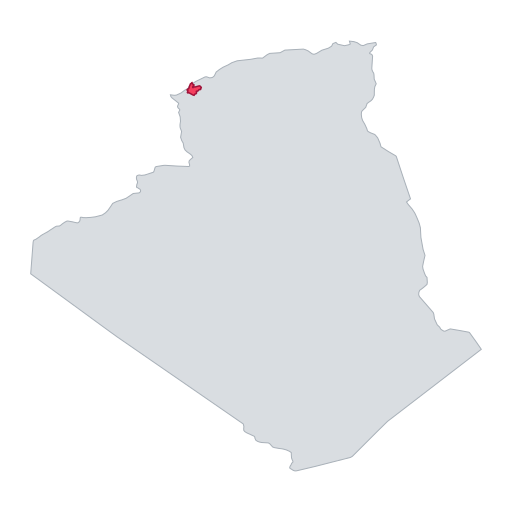 where Aïn Témouchent sits in Algeria
{"feature_id": "DZA-2144", "entity_name": "Aïn Témouchent", "entity_type": "Province", "adm_level": 1, "iso_a3": "DZA", "parent_name": "Algeria", "parent_adm1": "", "projection": "albers", "projection_center": [-1.072, 35.355], "detail": "fine", "context": "in_parent", "style": "filled", "palette": "rose", "viewbox_px": 512, "rotation_deg": 0, "n_neighbors": 0, "source": "natural_earth", "source_scale": "10m", "svg_char_len": 4725}
<svg xmlns="http://www.w3.org/2000/svg" viewBox="0 0 512 512"><path d="M375.7,42.5L376.2,43.7L376.4,44.9L374.7,46.1L373.6,46.9L372.4,50.0L370.0,52.4L369.6,53.0L369.7,53.6L371.6,54.3L372.3,55.2L372.6,56.3L372.3,60.6L371.8,68.3L372.0,69.9L372.8,71.8L373.7,73.2L374.0,74.9L374.2,79.2L375.3,81.6L376.2,83.8L374.8,86.7L374.4,89.3L374.3,92.9L374.3,95.2L373.5,97.3L372.3,99.4L370.9,100.8L369.1,102.0L367.1,103.5L365.7,107.4L362.2,110.8L361.5,111.9L361.3,114.4L361.7,117.8L362.6,120.5L364.8,124.3L366.8,128.6L367.4,130.7L368.1,131.5L370.5,132.8L374.6,134.4L375.4,135.1L377.7,137.9L380.0,143.2L381.0,146.8L388.5,151.6L395.7,155.8L396.3,156.5L401.6,172.6L403.5,178.3L410.5,198.9L408.6,200.3L406.5,202.0L408.4,204.7L412.1,209.0L414.5,212.6L415.3,214.1L417.3,218.6L419.1,223.0L419.5,224.4L420.4,227.8L420.9,237.4L423.1,249.5L425.0,255.4L423.7,261.0L422.6,266.4L423.0,269.0L424.4,273.0L425.6,275.9L427.0,277.4L427.3,282.5L427.0,284.4L423.6,287.4L419.7,290.3L418.8,292.5L418.7,294.8L419.4,296.6L433.2,312.5L433.8,314.1L434.5,318.9L437.2,324.8L439.7,327.2L440.7,329.1L442.4,330.3L444.0,331.2L445.0,331.2L450.2,328.9L459.7,330.5L468.8,332.2L469.5,332.6L475.7,341.2L481.3,349.3L387.6,421.3L377.2,431.5L352.4,456.3L350.5,457.4L315.7,466.3L297.5,470.6L296.7,470.8L295.6,470.9L294.9,470.9L293.3,470.4L291.3,469.1L290.0,468.4L289.7,467.4L290.3,465.9L291.2,464.6L291.5,463.6L292.1,462.8L292.9,462.1L292.9,461.2L292.2,459.8L291.5,457.8L291.3,454.2L291.3,452.6L289.5,451.3L286.3,449.9L283.4,449.1L282.0,448.8L278.8,448.4L274.3,447.6L272.7,447.0L269.7,443.7L268.3,442.9L261.6,442.5L259.3,442.0L257.5,441.3L255.9,440.3L255.0,438.4L254.7,436.9L254.1,436.2L246.7,432.8L244.8,431.6L243.8,430.4L243.7,428.7L243.9,426.6L243.5,424.8L243.2,423.9L117.3,337.0L110.8,332.3L96.1,321.6L30.7,273.8L33.1,242.4L33.4,240.8L33.8,240.2L36.0,239.2L39.5,236.8L40.8,235.7L42.5,234.6L48.3,231.4L49.5,230.5L55.2,226.8L56.5,226.2L59.4,226.0L60.6,225.3L62.4,223.8L64.9,222.1L66.5,221.3L66.8,221.1L67.8,221.0L72.8,221.9L74.8,222.4L77.3,222.9L78.1,222.7L78.8,222.2L79.8,220.9L80.1,219.4L80.2,218.0L80.4,217.4L80.8,217.2L81.9,217.3L83.3,217.6L86.3,217.7L87.3,217.6L90.7,217.4L95.4,216.8L102.3,215.0L105.6,212.7L108.0,210.3L110.6,206.6L112.7,203.4L116.6,201.5L120.0,200.4L121.8,199.9L126.1,198.3L133.2,193.5L139.0,192.9L139.7,192.5L140.5,191.6L140.6,190.1L139.7,189.0L138.5,188.4L137.7,187.7L136.9,187.6L136.5,186.8L136.7,185.5L136.9,184.2L137.5,183.0L137.4,181.2L136.6,179.4L136.4,178.1L136.5,176.8L136.9,175.8L138.1,175.2L139.5,175.0L141.4,175.4L144.8,175.0L153.4,172.2L154.0,171.2L154.6,169.1L155.2,167.2L156.1,166.6L156.6,166.5L163.5,165.4L165.0,165.3L177.7,166.1L188.6,166.5L189.6,166.1L189.6,164.7L188.9,162.2L189.3,160.6L190.9,159.1L192.8,157.5L191.9,155.5L190.4,154.2L188.2,152.6L187.1,151.9L185.1,150.0L184.0,147.8L183.2,143.1L181.7,140.5L180.6,137.3L181.6,131.4L180.2,127.8L180.0,126.3L180.0,124.5L180.5,121.3L180.2,116.9L178.6,112.4L179.4,110.8L179.8,110.0L179.6,109.3L178.1,107.9L177.5,106.7L177.8,105.5L178.6,103.9L178.6,103.2L176.2,101.2L172.1,98.0L170.9,96.6L170.4,94.8L174.3,95.3L176.4,95.1L181.0,93.0L184.7,90.2L187.6,88.7L190.1,85.6L192.4,83.6L195.7,81.5L205.1,76.9L206.6,76.8L209.7,77.9L212.4,77.5L214.3,75.9L216.2,72.0L219.3,69.6L223.1,67.2L228.3,64.8L231.8,62.7L237.2,60.8L250.8,59.3L257.8,58.0L262.6,58.1L267.3,54.6L269.7,53.4L280.1,52.7L284.9,50.1L303.4,49.1L305.7,49.8L308.1,50.9L312.1,53.8L314.0,54.3L316.4,53.5L321.9,50.2L328.3,48.2L331.6,46.2L332.9,43.6L335.9,42.4L337.7,44.2L344.5,45.7L348.6,44.8L350.3,44.0L349.4,41.1L353.8,41.6L357.2,42.7L360.9,45.2L363.3,45.6L367.2,43.9L375.7,42.5Z" fill="#d9dde1" stroke="#a8b0b8" stroke-width="1"/><path d="M187.1,89.8L187.1,89.7L187.7,89.1L188.0,89.0L188.4,88.7L188.7,88.4L188.9,88.1L189.1,87.6L189.3,86.5L189.5,86.1L189.7,85.7L190.4,83.9L190.6,83.7L190.8,83.6L191.2,83.6L191.3,83.4L191.8,82.7L192.0,82.6L192.6,83.9L193.2,84.5L193.8,84.8L194.0,84.9L194.0,85.1L193.9,85.3L193.7,85.5L193.0,86.1L192.9,86.3L192.8,86.6L192.7,87.0L192.7,87.3L192.8,87.5L193.0,87.6L193.3,87.3L193.5,86.9L193.6,86.6L193.8,86.6L194.0,86.6L194.4,86.9L194.6,87.0L195.0,87.0L199.1,85.9L199.6,85.9L200.1,86.1L200.4,86.4L201.2,87.3L201.3,87.6L201.2,87.9L200.8,88.2L200.7,88.3L200.6,88.5L200.8,88.8L200.8,89.0L200.5,89.5L198.9,89.8L198.6,90.1L198.0,90.9L197.7,91.1L197.4,91.1L197.1,91.1L196.6,91.2L196.4,91.3L196.3,91.6L196.3,91.9L196.5,92.2L196.5,92.6L196.5,93.1L196.2,93.6L195.9,93.8L195.6,93.9L195.3,93.9L194.9,94.1L194.6,94.4L194.1,95.3L193.2,95.1L188.8,92.7L188.7,92.7L188.3,92.8L188.2,92.9L187.9,92.9L187.7,92.9L187.4,92.6L187.4,92.4L187.4,92.2L187.7,91.9L187.7,91.7L187.8,91.6L187.8,91.1L187.9,90.8L187.9,90.6L187.8,90.3L187.6,90.2L187.4,90.2L187.2,90.2L187.1,89.8L187.1,89.8Z" fill="#f43f5e" stroke="#9f1239" stroke-width="1.5"/></svg>